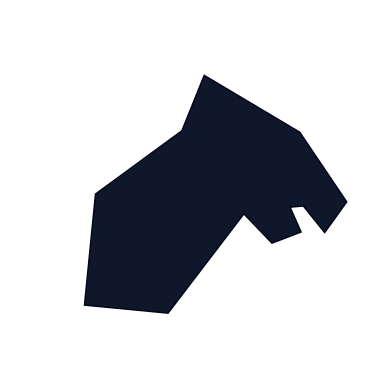 SVG path tracing the border of Bel Air, rotated 69°
{"feature_id": "SYC-5206", "entity_name": "Bel Air", "entity_type": "state/province", "adm_level": 1, "iso_a3": "SYC", "parent_name": "Seychelles", "parent_adm1": "", "projection": "mercator", "projection_center": [55.454, -4.638], "detail": "fine", "context": "isolated", "style": "filled", "palette": "ink", "viewbox_px": 384, "rotation_deg": 69, "n_neighbors": 0, "source": "natural_earth", "source_scale": "10m", "svg_char_len": 332}
<svg xmlns="http://www.w3.org/2000/svg" viewBox="0 0 384 384"><g transform="rotate(69 192 192)"><path d="M256.7,51.1L277.4,82.7L244.9,93.1L241.3,105.9L268.4,104.5L268.4,135.7L231.0,151.4L296.5,257.8L259.1,332.9L159.3,282.8L131.2,179.5L87.5,138.8L174.8,70.0L256.7,51.1Z" fill="#0f172a" stroke="#020617" stroke-width="1.5"/></g></svg>